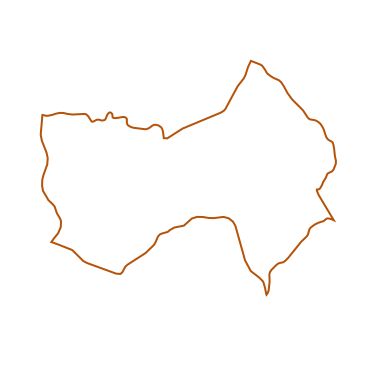 SVG path tracing the border of Canindeyú, rotated 168°
{"feature_id": "PRY-619", "entity_name": "Canindeyú", "entity_type": "Department", "adm_level": 1, "iso_a3": "PRY", "parent_name": "Paraguay", "parent_adm1": "", "projection": "natural_earth1", "projection_center": [-55.27, -24.157], "detail": "fine", "context": "isolated", "style": "outline", "palette": "amber", "viewbox_px": 384, "rotation_deg": 168, "n_neighbors": 0, "source": "natural_earth", "source_scale": "10m", "svg_char_len": 2662}
<svg xmlns="http://www.w3.org/2000/svg" viewBox="0 0 384 384"><g transform="rotate(168 192 192)"><path d="M140.5,76.0L140.6,76.6L140.5,83.3L141.0,89.5L144.0,94.3L150.9,102.4L154.3,114.0L156.6,149.7L158.1,154.5L161.6,158.7L166.4,161.1L176.1,161.9L181.0,163.1L186.6,165.3L192.1,166.6L197.6,166.1L202.9,163.1L206.9,160.8L216.7,160.9L221.5,159.4L224.1,158.0L229.3,157.7L232.0,157.3L234.6,155.5L238.0,150.6L240.0,148.3L250.0,142.0L270.2,134.3L272.9,132.7L276.8,128.0L279.1,126.7L283.3,128.0L309.5,144.4L312.6,147.0L321.2,160.1L335.7,169.7L340.0,172.3L336.8,175.2L331.4,179.6L327.7,184.9L326.2,190.6L326.6,193.6L328.6,199.4L329.4,206.4L330.6,208.7L334.2,214.0L335.5,218.2L337.5,224.0L337.3,229.4L335.9,235.1L333.9,239.2L327.9,249.0L326.1,255.0L326.1,260.7L328.2,273.4L328.1,279.4L322.3,298.5L322.2,298.5L318.7,296.8L316.6,296.5L312.6,296.5L309.0,296.9L305.1,296.9L301.5,296.1L297.2,294.1L292.7,292.6L280.9,290.7L279.4,290.0L278.3,288.6L277.5,287.1L275.8,282.4L275.2,281.6L274.4,281.4L273.1,281.6L270.8,282.3L269.8,282.5L268.6,282.2L267.4,281.8L265.7,280.8L264.3,280.5L262.4,280.6L261.3,281.5L260.6,282.4L259.6,284.1L258.9,285.0L258.1,285.9L257.3,286.4L256.5,286.8L255.5,286.9L254.8,286.4L253.9,285.1L253.9,283.5L254.0,282.4L254.1,281.5L253.5,280.9L252.2,280.3L250.0,280.0L244.4,279.8L243.1,279.5L241.9,279.0L240.9,277.9L240.6,276.9L240.7,276.0L241.0,275.0L241.2,273.9L241.3,272.6L241.0,270.9L239.2,269.0L236.2,267.1L224.4,263.0L223.1,263.0L220.8,263.4L217.1,265.1L215.2,265.6L213.2,265.2L211.0,264.1L208.7,261.7L208.0,259.5L207.8,257.4L208.4,250.6L205.1,249.6L188.0,256.0L147.5,263.6L144.3,264.7L142.3,266.0L125.4,285.9L117.7,292.4L115.5,295.1L111.2,302.6L107.1,308.0L98.9,302.6L97.3,301.2L96.3,299.2L95.2,296.5L93.8,292.3L90.8,288.8L88.2,286.4L83.7,283.2L81.9,280.7L80.3,276.6L78.0,268.9L74.7,261.5L66.5,248.9L63.3,240.8L62.6,239.6L61.7,238.7L60.5,238.1L57.6,237.0L56.1,236.2L54.9,235.2L53.6,233.9L52.5,232.4L51.6,230.6L50.8,228.3L50.1,225.5L49.5,219.4L49.1,217.4L48.4,215.7L47.6,214.6L44.2,211.5L43.9,209.1L43.9,205.6L44.8,196.9L44.7,192.8L45.4,189.9L45.9,189.0L48.9,184.5L49.5,183.9L50.2,183.4L51.0,183.0L54.8,182.1L55.6,181.7L56.2,181.1L58.1,178.2L61.7,174.4L63.6,171.5L65.9,169.0L66.6,168.5L67.3,168.3L68.0,168.2L68.3,168.3L69.3,168.5L69.6,167.2L68.8,162.9L59.2,134.9L61.1,136.3L63.3,137.5L64.3,137.8L65.3,138.0L66.1,137.8L67.0,137.4L68.2,136.7L69.5,136.2L75.0,135.6L78.8,134.6L82.8,132.8L84.3,131.8L85.2,130.6L87.4,126.3L89.0,124.7L95.6,120.6L111.6,107.6L114.9,105.4L117.2,104.3L121.5,104.3L122.9,103.9L124.3,103.3L130.6,99.2L132.4,97.4L133.4,95.5L134.7,88.3L137.4,80.0L139.0,77.3L140.5,76.0L140.5,76.0Z" fill="none" stroke="#b45309" stroke-width="2"/></g></svg>